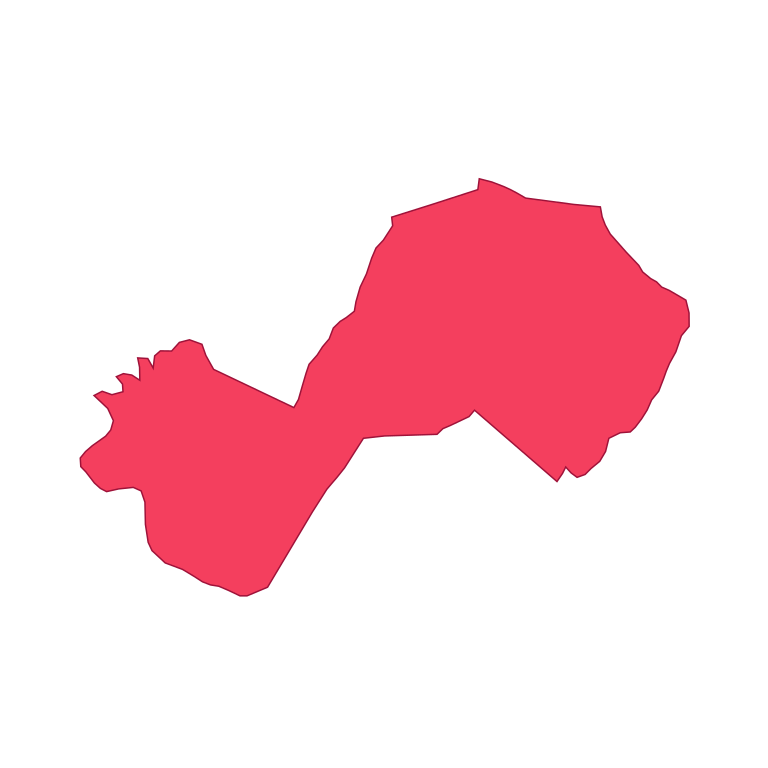 São Tomé, Paraná, Brazil, rotated 171°
{"feature_id": "56859067B35955710865711", "entity_name": "São Tomé", "entity_type": "district", "adm_level": 2, "iso_a3": "BRA", "parent_name": "Brazil", "parent_adm1": "Paraná", "projection": "natural_earth1", "projection_center": [-52.521, -23.524], "detail": "fine", "context": "isolated", "style": "filled", "palette": "rose", "viewbox_px": 768, "rotation_deg": 171, "n_neighbors": 0, "source": "geoboundaries", "source_scale": "gbopen_adm2", "svg_char_len": 1698}
<svg xmlns="http://www.w3.org/2000/svg" viewBox="0 0 768 768"><g transform="rotate(171 384 384)"><path d="M557.6,451.7L569.2,458.1L579.6,457.1L588.6,449.8L599.7,451.7L606.1,447.7L609.5,435.8L613.3,446.1L623.2,448.3L622.8,438.8L624.6,425.9L631.7,432.3L639.8,435.0L647.2,433.1L642.3,424.8L643.0,417.2L654.4,416.0L663.5,420.9L672.2,418.0L660.7,403.1L657.0,390.1L661.1,381.3L667.1,376.0L681.6,368.8L689.3,364.0L695.6,358.4L696.4,349.8L692.2,343.8L685.5,331.5L680.4,325.2L674.8,321.1L662.5,321.9L647.8,321.1L640.6,316.4L638.6,304.7L641.6,282.7L641.7,264.5L639.2,255.7L628.1,241.5L612.0,232.4L601.9,223.9L594.2,217.0L586.8,212.7L578.8,210.1L569.9,204.5L559.4,197.3L552.4,196.2L530.8,201.5L474.7,268.9L456.9,289.0L451.7,293.5L445.1,299.1L436.1,307.3L412.8,333.6L391.5,332.6L339.5,326.0L332.8,330.7L325.2,332.6L305.1,338.5L298.7,344.0L228.4,260.6L221.7,267.7L217.5,273.6L213.1,266.9L207.9,261.6L199.5,263.2L192.8,268.1L183.0,273.9L175.7,282.7L170.4,295.2L158.3,298.9L148.3,298.1L142.6,302.0L135.0,309.3L128.1,317.2L122.1,326.5L113.8,333.9L107.0,345.6L103.2,352.6L98.8,359.7L90.7,370.1L82.7,385.2L73.6,393.2L71.6,406.5L72.7,419.6L87.6,431.8L94.6,436.3L98.8,442.2L104.1,446.4L111.0,454.2L113.8,461.3L124.2,476.4L137.1,496.7L140.6,506.4L142.4,515.0L142.6,525.1L168.6,531.7L215.1,545.5L222.7,551.7L228.7,556.2L234.4,560.0L245.8,566.6L257.8,571.8L260.9,561.3L310.6,553.5L350.3,547.6L350.7,538.9L362.1,526.2L370.6,519.6L376.5,510.2L384.1,495.5L392.4,483.4L398.8,469.7L401.9,460.5L410.9,455.5L417.5,452.7L425.3,447.2L431.1,437.1L438.8,430.5L445.5,423.0L454.9,415.2L459.3,406.8L465.0,394.8L470.9,382.1L476.7,374.8L550.0,425.1L555.5,440.1L557.6,451.7Z" fill="#f43f5e" stroke="#9f1239" stroke-width="1.5"/></g></svg>